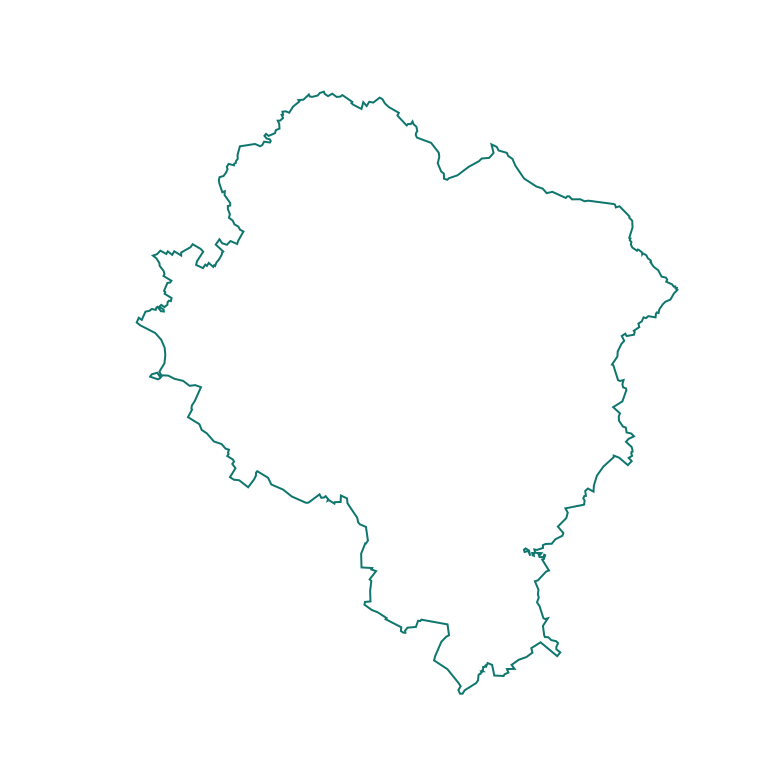 Ratoath Lea-7, Meath, Ireland, rotated 198°
{"feature_id": "5873133B53714472852508", "entity_name": "Ratoath Lea-7", "entity_type": "district", "adm_level": 2, "iso_a3": "IRL", "parent_name": "Ireland", "parent_adm1": "Meath", "projection": "orthographic", "projection_center": [-6.561, 53.483], "detail": "fine", "context": "isolated", "style": "outline", "palette": "teal", "viewbox_px": 768, "rotation_deg": 198, "n_neighbors": 0, "source": "geoboundaries", "source_scale": "gbopen_adm2", "svg_char_len": 6168}
<svg xmlns="http://www.w3.org/2000/svg" viewBox="0 0 768 768"><g transform="rotate(198 384 384)"><path d="M202.4,137.2L203.0,138.3L202.0,139.9L202.9,140.7L201.2,141.3L202.3,141.6L201.5,142.8L202.2,145.6L200.9,146.0L200.5,147.5L199.6,146.9L199.2,150.6L194.4,150.3L189.0,140.8L180.0,143.3L179.6,145.2L176.5,148.0L179.0,150.9L171.8,153.4L175.9,156.3L170.6,163.4L164.2,168.3L159.8,174.4L162.3,178.3L155.3,186.7L135.2,178.7L133.4,183.2L138.1,185.0L138.8,186.9L138.4,191.4L140.9,192.6L145.7,192.1L149.4,193.9L152.8,193.1L154.0,194.5L158.1,203.1L155.8,211.8L158.0,210.3L160.0,210.5L167.6,221.0L171.0,223.6L170.8,228.7L172.7,231.6L173.5,236.1L179.5,243.0L176.9,244.9L171.8,255.8L169.5,257.6L179.3,265.9L177.9,266.9L177.8,271.0L178.9,271.1L178.9,268.6L182.6,267.5L184.4,269.8L182.6,270.0L182.0,271.8L188.0,270.2L189.9,273.1L187.2,273.5L182.1,277.2L183.1,279.8L180.9,281.8L175.1,283.9L173.1,289.2L167.4,294.9L167.3,297.6L174.6,302.1L169.2,312.8L169.5,318.4L173.0,321.8L156.4,331.1L157.2,335.2L159.1,336.8L158.9,339.3L157.4,340.0L159.6,344.5L157.8,347.6L151.5,346.4L153.0,352.4L153.2,362.6L149.8,373.3L142.9,385.4L143.4,386.9L137.7,386.6L127.0,382.2L124.6,387.2L128.5,389.3L125.8,392.4L127.4,394.4L127.6,395.8L126.7,396.5L127.5,398.3L129.0,400.6L136.0,403.8L134.5,407.3L130.1,411.5L133.5,413.3L138.3,412.9L140.6,417.3L143.5,417.3L149.2,421.7L150.7,425.6L150.5,429.0L158.9,432.8L151.9,441.2L151.6,453.2L152.6,454.6L155.6,454.7L157.2,457.5L157.4,461.8L160.5,459.8L162.6,460.0L171.7,472.7L173.2,472.9L170.5,482.2L171.8,487.2L170.6,495.4L168.9,499.3L172.7,503.1L170.1,506.4L168.1,504.6L161.5,508.1L161.6,510.9L162.9,511.8L158.8,517.0L160.7,520.1L158.2,523.2L157.7,527.6L155.1,527.6L153.6,530.2L146.3,531.3L147.1,534.7L146.6,536.4L144.8,536.3L145.2,540.2L143.5,545.9L141.8,549.2L137.7,552.8L136.2,559.8L134.0,564.2L135.2,564.6L135.2,565.8L136.4,565.3L137.1,566.8L138.5,566.1L140.8,567.8L147.2,568.5L146.9,570.7L148.7,572.3L153.2,571.9L158.3,576.9L163.7,578.8L168.1,582.1L167.6,582.5L168.6,584.0L171.9,585.1L174.4,587.6L178.2,588.2L178.5,587.2L179.1,588.8L183.0,590.3L184.2,590.3L184.6,588.9L190.0,590.5L192.3,592.9L192.6,595.5L194.8,596.8L194.6,598.6L195.9,598.8L196.0,609.7L198.4,616.0L202.1,617.9L202.3,619.2L214.9,625.8L218.1,623.6L219.7,626.0L221.4,626.1L246.3,621.5L249.7,619.8L254.5,620.3L262.4,617.7L265.8,619.7L267.7,619.1L268.6,617.1L283.2,618.8L288.3,615.8L293.5,618.9L300.1,618.9L314.3,622.7L326.5,632.2L331.4,637.8L336.3,639.2L338.6,641.8L347.2,641.5L350.0,644.3L355.8,645.1L351.2,637.6L353.8,631.6L360.8,628.6L362.4,625.4L370.5,616.8L378.6,605.2L385.9,599.7L386.9,597.8L390.3,597.8L392.1,602.6L395.3,603.8L401.1,610.5L401.6,617.1L403.4,620.9L413.7,627.9L428.7,628.5L430.6,630.4L431.1,632.3L430.5,634.9L432.7,638.7L436.2,640.2L438.0,642.5L438.9,639.4L441.5,638.7L442.3,636.9L453.6,643.1L454.2,643.6L453.7,646.5L465.1,648.9L469.8,651.1L473.5,654.4L476.6,655.0L481.2,648.3L485.2,647.9L486.4,643.0L490.8,645.6L490.4,638.6L499.5,640.1L501.8,641.1L501.3,642.5L512.9,645.9L514.4,643.8L517.8,642.4L522.9,644.1L526.2,640.5L530.1,641.6L531.5,643.4L535.0,640.9L536.2,637.9L541.0,634.9L543.4,634.5L544.9,636.1L548.5,629.5L553.1,627.6L551.8,626.5L556.2,619.7L558.0,612.7L561.6,613.0L564.7,611.6L563.2,608.8L564.5,608.3L562.2,605.8L564.2,602.4L566.4,601.6L564.1,599.1L562.3,594.6L565.3,592.0L565.2,588.9L570.4,584.3L573.5,585.4L574.4,583.1L571.6,581.2L568.2,581.4L566.8,580.1L567.1,578.4L572.9,577.4L573.6,573.7L575.2,571.9L580.9,572.4L594.5,565.5L594.1,556.7L592.7,553.0L593.6,550.4L593.3,548.4L594.5,547.3L594.3,545.6L599.8,545.3L600.6,541.9L599.2,540.0L599.5,536.4L600.9,532.2L604.3,529.9L604.1,526.9L602.6,523.9L597.0,516.4L595.0,518.1L594.0,514.4L586.2,508.6L585.4,506.2L587.5,505.0L586.6,502.2L583.0,497.8L582.8,494.1L578.4,492.7L575.6,489.6L571.2,488.7L568.5,486.2L564.8,485.6L566.9,475.4L566.9,471.8L574.2,472.5L576.4,467.9L581.3,467.8L585.2,470.8L587.1,464.6L577.8,460.3L578.6,458.9L578.3,457.0L579.4,451.4L580.9,447.9L581.1,444.1L582.2,444.5L582.6,442.6L588.1,445.0L588.9,441.6L590.8,442.3L592.0,438.3L599.5,439.2L599.8,443.0L596.8,454.0L600.4,455.9L609.2,457.8L610.3,454.3L617.5,446.4L616.6,443.5L624.5,445.4L625.4,441.4L630.6,443.3L631.2,440.4L637.9,441.7L640.0,437.3L643.4,434.7L639.2,433.1L634.9,429.5L633.9,427.1L628.5,423.4L626.7,420.5L627.1,418.6L618.1,416.5L618.8,414.4L621.2,413.2L622.0,404.6L620.4,403.8L620.5,402.0L612.6,400.1L612.3,397.0L614.3,396.8L615.1,394.9L614.5,392.5L616.5,389.3L620.3,390.4L621.6,388.0L616.6,386.7L615.8,384.9L618.6,384.3L623.2,387.4L624.1,386.4L624.0,384.0L628.0,383.6L629.7,381.1L633.2,379.1L634.2,370.1L637.7,371.2L638.2,366.1L634.1,364.5L617.3,361.8L609.5,357.2L603.8,350.7L600.9,343.9L599.2,335.9L601.4,326.5L597.9,322.6L598.7,321.2L603.1,324.7L607.9,321.4L608.7,318.7L600.5,318.6L598.8,320.2L597.4,323.8L591.8,325.3L584.9,324.2L576.1,324.9L568.3,322.2L563.2,324.6L557.1,324.4L558.7,309.3L560.1,304.1L559.5,300.9L558.6,300.4L560.2,291.9L547.1,288.7L543.2,284.0L537.2,282.3L528.0,276.8L519.9,276.7L514.8,273.6L511.1,273.6L511.2,270.5L510.2,269.4L510.8,267.1L504.5,265.5L502.6,263.9L503.6,261.1L499.2,258.0L501.7,247.8L497.3,246.6L492.0,247.7L481.3,243.8L478.0,253.4L477.5,257.2L478.3,260.2L477.6,261.9L465.3,259.0L460.1,253.6L447.3,252.4L436.9,248.5L421.6,246.9L419.2,247.8L411.2,259.1L408.5,256.4L406.0,257.5L404.8,259.3L401.5,257.1L401.5,255.6L400.6,256.6L394.2,254.9L394.3,256.4L388.8,258.4L390.5,264.6L383.9,263.8L381.8,259.2L368.1,248.5L366.0,244.6L363.6,243.1L357.0,242.5L350.9,230.1L351.9,226.6L352.6,226.6L353.3,215.5L348.7,202.6L338.4,205.3L338.7,203.7L333.7,203.6L337.3,193.8L335.2,192.8L333.3,183.1L329.7,173.0L334.7,170.9L334.4,168.1L325.8,165.3L319.8,165.0L309.2,162.2L309.8,160.8L292.4,158.0L291.6,154.3L288.8,153.5L286.8,154.0L287.7,155.8L286.4,159.5L278.6,162.8L278.4,169.4L276.2,169.8L275.7,171.4L249.3,175.0L244.5,165.1L246.7,162.9L249.8,156.6L251.2,141.5L251.0,136.6L235.6,132.4L220.9,122.8L217.7,120.3L218.7,115.9L216.0,113.0L213.6,113.7L212.6,117.7L203.9,128.1L203.0,131.3L204.2,136.6L203.2,138.0L202.4,137.2ZM191.9,265.9L195.2,269.8L198.4,267.7L199.7,269.6L198.5,271.4L194.6,270.4L191.9,265.9ZM188.4,266.9L189.7,267.0L190.8,269.1L189.4,269.5L188.4,266.9Z" fill="none" stroke="#0f766e" stroke-width="2"/></g></svg>